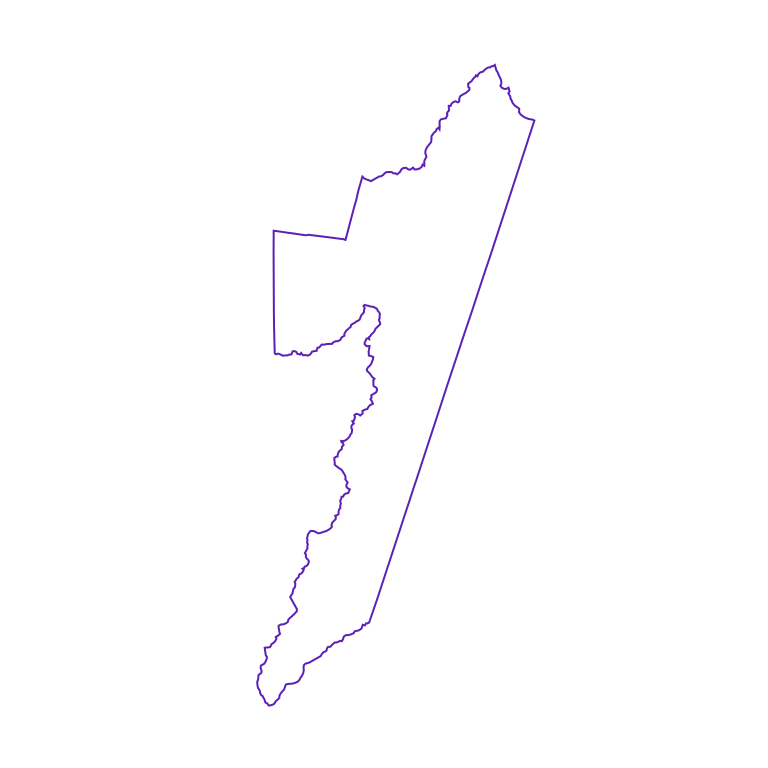 outline of Jaru, Rondônia, Brazil, rotated 330°
{"feature_id": "56859067B25021764708430", "entity_name": "Jaru", "entity_type": "district", "adm_level": 2, "iso_a3": "BRA", "parent_name": "Brazil", "parent_adm1": "Rondônia", "projection": "mercator", "projection_center": [-62.677, -10.648], "detail": "fine", "context": "isolated", "style": "outline", "palette": "violet", "viewbox_px": 768, "rotation_deg": 330, "n_neighbors": 0, "source": "geoboundaries", "source_scale": "gbopen_adm2", "svg_char_len": 6166}
<svg xmlns="http://www.w3.org/2000/svg" viewBox="0 0 768 768"><g transform="rotate(330 384 384)"><path d="M639.5,163.1L637.6,163.3L635.7,162.5L634.3,162.9L632.9,162.1L631.4,161.9L628.2,162.3L625.8,163.0L623.4,162.3L621.0,162.7L618.8,164.2L618.0,162.7L616.8,163.6L615.0,163.8L611.0,165.5L607.0,166.0L605.5,168.9L606.1,170.4L604.9,172.0L601.0,172.8L599.6,172.8L597.3,172.7L594.1,172.8L592.2,174.1L590.4,176.9L588.8,177.1L587.3,174.9L584.8,174.5L582.5,175.1L580.7,176.5L579.2,175.5L578.0,177.7L577.1,179.7L575.6,180.0L573.7,181.2L573.5,182.7L570.5,184.8L568.5,184.1L565.7,183.3L563.8,184.0L562.8,185.4L561.8,187.2L561.0,188.9L559.4,191.2L559.3,189.3L557.0,189.6L555.3,191.0L553.1,191.3L549.0,193.1L548.2,194.6L545.9,198.0L540.5,200.1L537.9,201.6L536.3,203.0L535.1,205.0L534.4,208.4L532.6,209.6L531.1,210.4L529.6,212.1L529.1,213.6L528.0,215.1L527.2,213.3L525.2,214.8L522.5,215.2L520.5,214.8L517.8,213.6L517.3,211.1L514.6,211.5L513.0,211.1L512.0,209.6L511.3,207.9L509.8,207.1L508.1,206.6L506.4,206.9L503.9,208.3L500.3,209.0L499.1,207.2L497.4,206.2L496.7,204.4L494.8,203.2L492.1,201.7L490.0,201.8L487.7,202.6L485.1,202.6L483.1,201.7L481.5,201.9L479.8,201.8L478.0,201.8L474.1,201.8L472.6,199.7L470.9,197.9L469.6,195.9L469.0,193.6L458.8,203.4L452.2,210.5L445.5,217.0L422.7,240.0L421.5,238.5L408.7,228.7L392.9,216.8L390.9,216.3L365.1,196.1L353.5,216.0L323.2,269.1L317.5,279.3L304.7,302.8L305.4,304.3L307.5,304.7L309.5,307.2L310.7,309.1L312.8,309.8L314.7,311.0L316.4,311.1L318.6,312.1L321.2,310.0L323.0,310.8L324.1,312.5L324.0,314.5L326.1,316.5L327.8,315.7L328.2,318.6L330.5,319.7L332.3,321.4L334.6,321.5L336.0,321.0L337.9,320.0L340.8,320.9L342.2,321.6L343.2,320.5L344.7,319.3L346.1,320.0L349.8,318.7L351.4,319.8L354.9,321.0L359.1,323.3L360.6,322.6L363.3,322.7L365.6,323.9L368.1,324.0L370.7,322.4L373.8,322.4L374.9,320.6L377.8,319.0L383.8,317.8L384.9,316.5L386.7,316.2L389.4,316.4L391.4,316.0L393.3,316.3L395.1,316.0L396.8,314.6L399.2,312.9L401.3,312.4L402.7,311.6L403.7,309.9L405.2,308.7L405.3,306.2L406.8,305.8L408.0,307.1L409.8,308.7L411.0,310.1L412.5,311.2L413.9,312.4L414.5,314.0L415.5,315.1L415.2,317.3L415.6,319.5L415.5,321.4L414.3,322.7L413.1,324.9L411.6,326.0L411.2,328.8L410.5,330.4L408.2,330.9L404.1,332.0L402.5,333.2L400.8,334.1L397.6,334.8L396.3,335.6L394.5,335.9L393.6,337.8L392.8,336.3L391.4,336.0L389.9,337.3L387.9,338.5L387.1,339.9L387.9,342.7L390.5,343.9L389.0,345.8L387.1,347.9L385.1,351.8L386.8,353.4L388.2,355.3L386.7,357.3L385.4,358.2L382.9,360.2L380.8,361.1L378.6,361.5L376.4,362.8L375.9,364.3L376.5,366.1L376.9,367.8L377.2,370.5L377.3,372.2L378.4,374.7L376.4,375.6L375.7,377.3L374.7,378.8L374.0,380.6L375.6,383.6L375.0,385.8L373.0,387.3L367.3,387.4L366.4,389.6L364.7,390.4L364.9,393.0L364.5,395.6L361.5,395.3L358.8,396.2L357.1,397.3L355.5,396.8L353.8,396.7L351.9,396.5L350.8,398.8L347.6,399.4L346.8,397.6L345.0,395.9L342.7,396.2L342.4,398.1L341.4,399.1L339.4,400.7L337.9,400.4L338.1,403.2L336.6,403.3L335.0,403.9L333.7,405.8L333.7,407.6L331.3,410.4L329.8,410.9L328.1,412.2L325.5,413.1L323.7,413.4L321.6,413.5L319.8,412.9L318.5,411.9L318.1,413.3L319.0,414.9L318.4,416.7L316.2,417.3L314.9,419.2L313.0,419.5L310.8,420.1L308.9,421.7L307.5,423.6L306.0,423.0L304.0,423.2L302.8,425.6L302.0,427.5L301.0,429.1L301.4,430.6L302.2,432.5L303.1,434.6L304.1,436.4L304.5,438.1L304.5,441.1L304.6,443.6L304.1,445.5L302.9,447.1L303.0,449.1L303.3,451.1L301.4,452.2L300.1,454.0L300.4,456.1L301.7,458.1L300.2,459.3L298.5,460.5L296.2,459.8L294.0,459.9L292.4,461.1L290.9,460.4L289.6,462.0L287.6,463.3L286.9,465.9L284.9,467.9L284.2,469.6L282.4,470.2L280.9,471.7L279.6,474.0L277.8,474.2L275.9,473.7L275.6,475.4L274.4,477.0L270.2,478.0L268.2,479.6L267.6,481.5L265.5,482.3L263.7,482.5L260.5,482.5L258.1,481.9L256.6,481.6L254.6,481.2L252.6,480.6L251.1,478.4L249.6,476.2L246.9,474.5L243.7,475.8L242.4,476.7L241.4,478.0L240.1,479.1L239.6,481.1L238.1,482.8L238.0,484.7L236.8,485.7L235.5,488.1L233.2,489.5L230.9,490.9L231.1,492.8L230.0,494.3L229.8,496.2L230.5,499.1L230.0,500.5L227.8,502.3L225.6,502.9L223.9,502.5L222.6,503.6L221.1,503.2L221.4,504.9L220.1,505.9L217.5,506.8L216.0,506.4L214.5,507.3L213.4,508.6L210.8,509.0L209.1,510.1L207.6,510.7L207.4,512.5L206.4,514.0L205.1,515.6L203.4,516.0L201.7,517.7L200.2,519.4L196.2,521.6L196.0,535.5L194.7,537.3L190.7,538.5L183.7,540.0L181.7,542.0L179.3,542.2L177.4,542.0L174.0,540.6L171.7,540.8L170.9,542.3L170.2,544.6L169.5,546.1L169.0,548.4L166.1,549.0L163.8,548.9L163.6,550.7L161.4,552.2L158.9,552.9L156.5,553.1L155.1,554.1L153.6,554.9L150.3,553.4L148.8,552.8L147.5,556.0L146.0,559.8L146.2,561.8L145.0,563.4L142.7,565.1L140.3,566.4L138.6,566.3L136.6,566.3L135.1,568.3L134.6,571.2L133.4,572.8L129.9,573.3L128.3,575.4L127.5,576.6L125.1,578.8L123.5,582.4L123.0,584.0L123.1,587.3L122.1,590.2L122.1,592.2L122.9,593.5L122.7,595.8L122.8,597.3L122.0,600.4L123.1,602.1L123.5,605.0L126.4,605.9L128.5,606.1L130.1,605.6L131.6,604.6L133.5,604.3L136.4,603.6L137.5,601.8L139.4,600.5L141.4,599.7L144.8,598.6L147.2,596.4L148.9,595.2L151.0,595.8L153.8,597.2L155.6,597.9L157.5,598.4L160.4,598.7L162.5,598.1L165.1,596.5L167.1,595.6L169.4,594.1L170.8,592.5L171.8,591.1L172.7,589.0L174.3,587.3L176.0,586.9L180.0,587.9L185.1,587.9L193.0,588.0L195.5,586.6L197.9,585.9L199.5,586.4L201.0,586.1L202.3,584.5L204.1,583.7L206.0,584.7L209.5,583.7L212.0,583.2L213.6,584.1L215.4,584.4L217.5,584.5L218.9,585.6L220.8,584.6L222.8,582.7L225.3,582.4L227.7,583.7L230.6,584.4L233.1,584.6L235.3,583.5L237.6,584.4L239.2,584.8L242.1,584.6L245.2,581.9L246.7,583.5L248.9,582.3L250.1,583.1L251.9,583.1L270.3,567.1L283.0,555.7L325.8,517.4L329.0,514.5L341.2,503.6L346.4,499.0L354.8,491.4L368.2,479.5L381.0,468.0L409.9,442.1L424.4,429.1L439.4,415.6L479.3,380.1L496.7,364.8L519.8,344.1L526.9,337.8L540.5,325.8L575.5,294.4L646.0,231.0L644.9,229.4L641.8,226.8L640.2,224.9L638.7,222.7L637.9,220.8L637.1,219.0L636.8,216.2L637.7,214.9L638.8,213.1L637.5,210.5L636.4,208.0L635.9,204.5L636.3,202.7L636.2,200.6L637.1,198.1L637.1,194.3L639.1,193.4L639.4,192.0L640.0,189.6L637.7,189.6L635.7,188.6L634.1,186.2L633.9,183.9L635.7,182.6L636.6,181.4L637.3,179.2L637.6,177.7L637.7,174.5L638.1,172.5L638.3,170.3L638.1,168.6L638.9,165.6L639.5,163.1Z" fill="none" stroke="#5b21b6" stroke-width="2"/></g></svg>